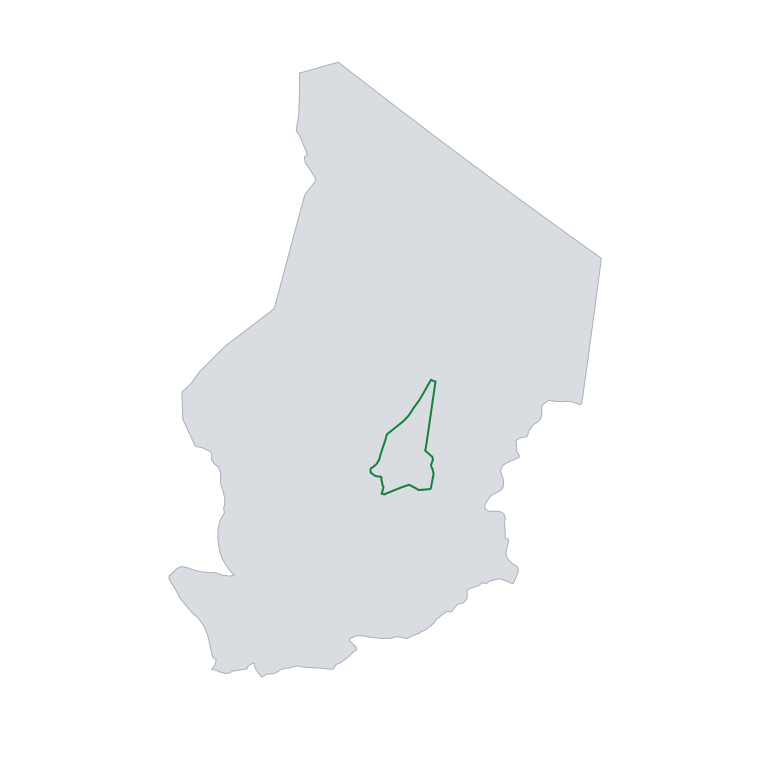 Batha Est, Batha, Chad (highlighted), rotated 9°
{"feature_id": "50815135B79604505945545", "entity_name": "Batha Est", "entity_type": "district", "adm_level": 2, "iso_a3": "TCD", "parent_name": "Chad", "parent_adm1": "Batha", "projection": "orthographic", "projection_center": [19.699, 14.229], "detail": "fine", "context": "in_parent", "style": "outline", "palette": "green", "viewbox_px": 768, "rotation_deg": 9, "n_neighbors": 0, "source": "geoboundaries", "source_scale": "gbopen_adm2", "svg_char_len": 4635}
<svg xmlns="http://www.w3.org/2000/svg" viewBox="0 0 768 768"><g transform="rotate(9 384 384)"><path d="M579.0,225.9L579.5,243.2L579.9,260.6L580.4,278.0L580.8,295.3L581.2,312.7L581.6,330.1L581.9,347.5L582.3,364.9L582.4,370.7L582.0,373.0L581.8,373.3L581.1,373.7L572.2,372.3L568.2,372.3L562.8,373.6L554.8,374.4L549.6,374.3L546.0,377.3L543.2,381.0L544.7,389.6L544.4,392.5L543.4,395.5L541.0,398.1L538.6,400.1L537.1,401.9L535.4,405.9L534.0,407.7L534.2,410.2L533.8,412.8L532.3,414.1L528.6,415.2L526.2,416.4L524.2,418.3L522.9,419.6L523.7,421.4L524.6,423.9L525.2,427.7L525.6,430.0L527.5,431.8L528.6,433.1L529.1,434.7L528.0,436.1L523.4,439.0L521.6,440.0L519.5,441.5L518.7,442.0L515.3,444.7L513.7,447.1L512.9,449.1L512.9,451.8L514.7,455.8L516.6,459.2L517.3,461.8L517.8,464.7L517.7,467.4L516.7,469.7L515.0,471.9L508.7,475.9L505.6,480.3L503.1,485.7L502.5,488.6L503.2,490.5L504.6,492.1L506.5,492.9L509.3,493.1L513.8,492.2L518.1,491.6L522.6,493.4L525.1,497.9L524.2,501.1L525.9,507.0L527.5,514.1L527.5,516.5L528.1,517.4L531.0,517.8L531.6,519.5L530.8,532.0L532.2,535.5L534.1,538.0L536.3,539.3L538.5,540.9L539.6,542.0L542.1,542.3L544.9,544.5L545.8,547.5L545.6,550.5L544.0,556.8L542.7,561.1L541.1,560.9L537.7,559.9L533.7,559.0L528.7,558.3L523.9,560.1L518.8,562.4L517.2,564.1L515.8,565.1L513.5,565.0L511.5,565.3L510.4,566.9L508.5,568.7L501.1,572.4L499.5,573.7L498.6,575.1L498.6,576.5L499.4,579.5L499.4,583.2L497.8,586.2L495.9,588.2L493.7,589.0L491.9,589.4L490.7,590.7L486.8,597.5L485.2,598.8L481.8,598.6L472.0,608.8L471.1,611.8L467.5,616.1L463.0,620.8L458.9,623.1L458.6,624.0L457.5,624.9L455.0,626.0L446.4,631.7L436.0,631.5L431.4,633.8L426.9,634.8L420.4,635.9L418.4,635.8L410.0,636.3L400.2,636.1L396.5,636.9L392.9,639.0L390.3,640.9L389.9,641.6L390.3,642.4L390.2,643.0L397.1,647.7L398.8,650.1L397.0,652.3L396.2,652.6L395.0,654.5L390.9,659.8L384.8,666.0L381.6,667.8L380.4,669.0L378.7,673.1L377.7,673.7L373.5,674.2L365.1,674.6L353.5,675.9L346.6,676.3L342.3,675.9L336.2,678.7L334.1,679.4L332.7,679.6L326.7,682.3L321.7,686.6L319.9,687.4L312.9,689.1L310.1,692.1L308.8,692.3L304.3,688.3L301.3,684.7L299.8,681.1L299.6,680.0L298.8,680.2L296.3,681.7L294.1,683.5L293.1,686.9L285.9,689.2L279.6,691.1L276.8,693.5L272.4,694.7L266.9,694.1L262.6,693.0L258.4,692.6L260.4,689.5L261.2,687.2L261.4,684.3L261.1,682.4L258.6,681.4L257.1,679.8L253.5,670.7L249.9,661.4L244.8,652.2L239.1,646.2L235.0,642.6L233.7,642.1L231.6,641.0L230.2,639.9L222.7,633.5L215.0,626.4L213.0,623.2L209.2,618.4L204.9,613.4L202.6,611.1L201.7,607.1L204.7,603.6L208.0,599.1L212.0,596.1L217.2,596.0L225.6,597.5L234.7,598.1L243.8,597.3L246.1,596.7L248.4,596.8L253.3,598.0L261.8,597.9L266.2,596.1L261.5,592.9L256.5,587.8L251.8,582.3L249.0,577.2L246.5,570.8L244.1,562.9L242.8,552.6L243.1,546.8L244.0,542.7L246.6,536.0L245.0,532.0L245.4,528.8L245.2,524.1L244.5,521.7L241.3,513.7L240.7,512.9L237.9,507.4L236.8,498.3L233.6,492.2L228.5,489.2L225.5,485.6L224.6,479.4L222.6,477.7L214.4,475.3L207.5,475.1L202.7,468.0L196.5,458.8L190.8,450.2L187.5,433.3L185.6,423.7L188.1,420.8L193.1,414.1L199.6,401.2L214.1,381.3L221.5,371.1L236.0,355.9L253.8,337.3L263.8,326.7L265.8,307.3L268.0,286.7L269.6,271.1L271.5,252.7L273.2,237.3L274.4,226.1L276.1,210.2L277.3,207.2L284.3,194.9L284.9,193.2L283.7,191.1L274.4,180.4L271.5,177.9L269.9,172.4L272.5,169.4L261.5,151.5L258.8,149.2L257.6,147.0L257.6,143.9L257.7,131.6L255.3,112.4L252.1,90.0L265.5,83.9L275.6,79.2L288.5,73.3L300.2,79.8L317.2,89.1L334.3,98.5L351.4,107.8L368.6,117.0L385.8,126.3L403.1,135.5L420.5,144.7L437.9,153.8L455.4,162.9L472.9,172.0L490.5,181.1L508.1,190.1L525.8,199.1L543.5,208.1L561.3,217.0L579.0,225.9Z" fill="#d9dde1" stroke="#a8b0b8" stroke-width="1"/><path d="M398.9,492.7L401.9,493.0L402.2,492.5L402.6,492.0L402.8,492.0L403.1,492.0L408.7,488.6L417.8,483.1L421.0,481.5L424.5,479.6L428.8,481.0L429.6,481.3L432.8,482.4L434.7,483.3L434.8,483.3L445.6,480.7L446.6,479.9L446.6,478.6L446.6,478.4L447.0,467.5L447.0,467.3L447.0,467.0L446.9,464.3L446.4,463.3L446.3,463.2L446.1,462.6L444.9,459.9L444.6,459.6L444.2,459.1L443.8,458.4L443.5,457.8L443.3,457.4L443.1,456.8L443.1,456.7L443.2,456.2L443.4,455.3L443.5,454.7L443.6,454.0L444.2,451.2L443.2,448.4L442.9,448.2L441.7,447.5L435.1,443.4L435.3,438.5L435.1,421.0L434.5,376.8L434.5,373.7L429.7,372.6L424.6,386.2L421.3,394.6L417.0,403.0L413.4,411.2L409.2,417.4L401.4,426.0L394.7,433.3L394.1,439.2L392.9,446.2L392.5,448.5L391.6,454.4L391.1,459.2L389.2,464.2L386.1,467.8L384.4,469.1L384.0,471.2L384.9,473.7L386.8,474.7L389.5,476.1L391.3,476.3L393.3,476.1L394.9,476.0L396.2,476.7L396.3,479.1L397.3,480.9L397.9,482.5L398.3,484.2L399.5,485.5L399.6,486.9L398.9,492.7Z" fill="none" stroke="#15803d" stroke-width="2"/></g></svg>